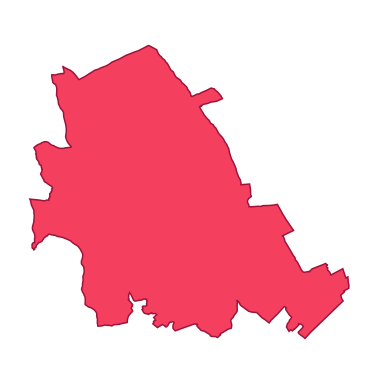 Poienari, Neamt, Romania, rotated 3°
{"feature_id": "2599482B83480715242769", "entity_name": "Poienari", "entity_type": "district", "adm_level": 2, "iso_a3": "ROU", "parent_name": "Romania", "parent_adm1": "Neamt", "projection": "natural_earth1", "projection_center": [27.109, 46.891], "detail": "fine", "context": "isolated", "style": "filled", "palette": "rose", "viewbox_px": 384, "rotation_deg": 3, "n_neighbors": 0, "source": "geoboundaries", "source_scale": "gbopen_adm2", "svg_char_len": 5914}
<svg xmlns="http://www.w3.org/2000/svg" viewBox="0 0 384 384"><g transform="rotate(3 192 192)"><path d="M353.6,279.9L353.6,277.2L352.8,273.9L352.1,268.6L350.1,269.8L346.6,260.7L335.1,267.6L333.6,264.8L331.6,262.8L331.3,261.8L331.6,260.9L330.3,259.8L330.1,258.9L330.9,258.3L331.0,257.6L330.0,257.2L329.1,256.3L327.6,257.2L316.1,262.4L315.4,263.0L314.5,264.3L313.8,264.7L313.6,265.4L313.2,265.6L312.4,265.3L309.2,266.2L307.3,266.2L305.6,264.5L300.9,256.5L298.9,254.4L298.1,251.9L296.3,249.8L288.5,237.9L287.4,236.7L286.8,234.3L285.6,231.9L284.7,231.0L295.4,225.1L287.4,214.6L283.7,209.2L277.9,199.9L274.7,200.7L270.0,201.4L263.5,201.9L261.5,202.8L258.9,202.8L249.9,203.9L249.2,201.3L248.6,200.7L248.3,200.1L247.9,198.6L248.0,197.4L248.9,195.5L251.2,193.7L251.4,192.9L250.8,191.9L250.2,186.1L249.1,181.0L240.5,182.2L240.5,180.6L239.6,177.3L238.0,174.9L235.8,170.2L234.6,166.0L233.5,163.7L231.4,159.6L229.8,157.1L227.6,151.3L226.3,146.5L225.5,145.5L224.4,143.0L222.3,140.4L220.7,137.5L219.0,135.4L216.9,133.5L215.2,131.5L212.3,126.7L210.8,125.5L209.6,123.7L207.0,122.4L205.4,119.6L203.3,117.9L199.9,114.2L198.5,111.8L197.8,111.1L197.5,110.3L196.5,109.1L195.1,106.5L196.8,105.9L196.5,105.1L197.4,104.9L198.7,103.9L202.5,102.9L206.6,101.1L209.8,100.6L212.0,100.0L217.5,97.2L215.8,94.5L213.4,91.8L212.0,90.5L209.4,88.7L209.1,87.9L205.6,87.2L201.0,89.9L196.0,92.3L193.8,93.7L191.7,94.0L190.5,94.9L187.2,96.5L186.9,96.6L186.5,96.1L186.0,96.2L185.0,92.9L182.0,89.3L181.7,88.2L181.0,87.2L177.3,84.0L176.4,83.7L174.9,81.3L173.9,80.4L171.4,79.0L169.8,77.8L167.8,74.6L167.1,73.1L164.4,71.1L160.7,65.0L158.8,63.3L157.7,61.5L155.6,60.2L154.2,58.5L153.0,57.7L151.1,55.6L149.3,51.8L142.5,48.5L140.8,48.0L130.9,53.8L127.5,55.1L118.7,59.1L113.2,62.6L105.4,66.4L102.1,69.1L99.2,70.8L94.4,72.8L92.0,74.2L88.5,75.5L79.0,82.3L73.2,85.7L69.0,80.8L66.6,78.5L64.0,76.8L58.2,74.4L56.6,73.4L56.5,73.7L58.0,78.3L57.9,80.0L57.5,80.5L55.6,80.5L51.7,81.4L49.4,82.3L46.0,82.2L45.8,82.5L45.8,83.6L47.3,89.8L48.1,90.8L50.1,91.8L50.6,92.8L51.4,94.9L51.7,98.0L51.6,102.4L52.5,104.3L53.4,107.2L54.1,111.1L56.2,115.2L58.5,117.6L59.5,119.3L59.9,123.4L62.4,131.4L63.1,135.0L63.3,138.6L62.9,143.5L63.2,144.7L64.7,148.0L65.7,149.6L69.1,153.1L68.7,153.6L63.1,154.6L61.1,155.2L57.1,155.3L53.3,154.0L51.6,153.0L49.1,152.4L45.6,149.8L43.6,149.3L42.2,149.5L39.6,150.5L38.0,151.7L35.5,152.8L31.9,155.7L32.1,156.8L33.4,158.5L34.2,160.1L34.2,161.4L33.9,161.8L34.5,162.6L34.5,163.1L34.3,163.2L34.8,164.5L34.7,164.9L35.0,165.4L34.7,165.9L35.1,166.3L35.1,167.1L36.9,169.2L38.0,171.3L37.9,172.0L38.4,172.1L38.9,173.1L40.0,173.3L40.2,175.2L40.6,175.7L40.6,176.7L40.8,177.3L41.2,177.3L41.1,179.0L40.2,181.0L39.9,182.3L40.5,182.9L42.7,186.8L43.5,187.4L43.6,188.7L45.1,190.1L46.3,190.4L47.0,191.1L51.6,193.8L52.6,195.1L51.6,196.4L52.2,197.2L52.3,197.8L51.4,198.7L51.3,198.9L51.6,199.1L51.2,200.1L50.7,200.3L50.1,201.1L50.3,201.5L50.0,201.9L50.3,203.4L50.1,204.1L50.4,204.4L50.0,204.8L49.9,205.4L49.3,206.1L49.4,207.7L47.4,207.6L45.3,208.6L39.2,208.0L30.4,207.6L31.4,209.5L32.3,213.4L34.3,217.1L35.4,219.7L35.1,220.8L35.7,223.7L35.6,230.2L34.6,234.8L34.5,236.8L34.9,238.4L36.8,241.8L37.6,245.3L37.3,246.2L37.2,247.3L37.5,250.8L36.1,250.9L35.0,252.6L35.3,256.2L35.9,256.8L36.8,256.9L37.0,258.0L37.8,257.6L37.9,256.0L39.0,255.6L39.3,253.6L41.2,251.2L42.2,250.4L44.5,249.3L47.0,245.2L48.4,244.3L48.7,243.8L49.9,243.4L50.7,241.9L51.9,241.6L55.1,242.3L57.4,242.4L60.3,243.5L64.5,243.9L70.6,246.0L73.3,247.1L75.8,249.2L81.0,252.1L83.4,255.0L84.9,257.5L85.8,259.0L86.3,261.0L85.8,265.1L85.2,266.2L85.2,268.6L85.6,269.9L87.8,272.3L88.5,276.6L88.4,278.6L87.5,282.0L87.9,286.1L87.5,288.7L87.5,292.0L86.9,293.9L86.8,294.9L88.0,297.7L89.1,299.3L89.6,300.5L90.7,302.4L91.1,305.6L91.1,309.9L94.6,312.2L97.5,313.0L100.6,314.8L102.7,317.2L103.1,318.0L103.6,322.2L104.2,323.8L104.3,327.6L105.0,330.9L108.7,330.5L112.3,329.3L114.3,329.7L115.5,329.5L119.0,329.9L121.1,328.6L126.8,327.9L126.9,327.6L134.1,325.7L134.3,321.9L135.1,319.1L137.1,316.3L138.8,314.5L139.0,314.0L138.7,313.3L137.4,311.2L137.7,310.3L138.2,309.6L138.5,308.7L138.3,308.4L138.6,307.4L134.0,302.8L134.7,302.2L134.1,300.6L134.3,299.0L134.0,297.5L134.1,297.3L134.9,296.9L135.0,295.9L136.7,298.1L139.4,303.2L140.3,303.8L141.8,303.8L143.2,303.3L147.7,302.4L149.6,301.3L151.5,301.6L152.2,301.4L152.8,302.5L152.4,303.3L152.8,304.7L152.4,306.1L152.9,307.7L150.8,308.6L149.1,308.5L148.6,308.9L148.4,309.4L149.3,311.0L148.2,311.9L150.1,315.0L151.2,315.7L155.1,316.4L158.0,314.8L158.8,315.6L161.8,315.3L163.0,316.2L163.2,316.4L160.3,319.3L162.4,321.9L160.5,323.0L160.3,323.3L160.7,324.4L160.0,325.1L159.9,325.8L164.6,329.2L169.2,326.0L170.7,326.5L173.2,328.2L174.9,326.6L175.5,325.1L176.5,323.5L179.6,322.5L180.5,322.8L180.8,323.6L180.1,325.8L180.0,327.7L180.4,329.5L182.5,331.5L201.8,323.4L202.6,323.9L204.2,323.8L204.4,324.2L203.9,325.1L204.1,325.8L208.4,329.8L211.6,330.4L216.7,333.1L217.5,333.8L217.7,334.5L219.3,335.3L223.0,335.1L225.1,336.0L227.9,333.2L227.3,332.8L228.6,331.4L229.1,331.3L235.6,326.9L236.9,326.4L238.0,326.3L238.3,325.9L238.6,324.7L238.6,322.9L238.5,321.8L237.5,319.1L237.6,317.6L237.9,316.9L239.5,315.2L240.9,312.4L242.8,309.9L243.3,308.8L243.2,304.7L242.9,302.6L243.2,300.3L243.0,299.2L242.1,297.6L244.3,299.2L245.4,300.8L245.9,301.9L246.7,302.8L254.8,308.1L257.8,308.8L263.0,309.0L268.3,313.8L271.6,315.7L275.9,318.7L277.8,315.8L283.9,309.2L289.1,302.8L289.6,301.9L290.4,301.6L292.3,302.8L291.7,303.8L291.8,304.5L295.9,310.0L298.0,311.7L298.0,312.2L297.2,313.5L296.1,314.8L295.5,317.0L294.3,318.2L293.4,321.9L296.2,326.1L297.8,324.4L299.6,325.4L300.2,324.8L300.7,323.8L301.5,323.8L305.1,319.8L305.4,319.1L305.4,318.2L306.0,318.6L306.6,318.1L307.0,318.0L309.0,319.0L310.2,320.6L308.8,322.6L305.5,326.3L305.4,326.7L306.4,328.0L308.9,329.8L310.0,330.3L312.5,332.3L317.8,325.9L348.6,292.9L347.1,290.7L345.9,287.3L349.5,283.7L348.9,282.8L353.6,279.9Z" fill="#f43f5e" stroke="#9f1239" stroke-width="1.5"/></g></svg>